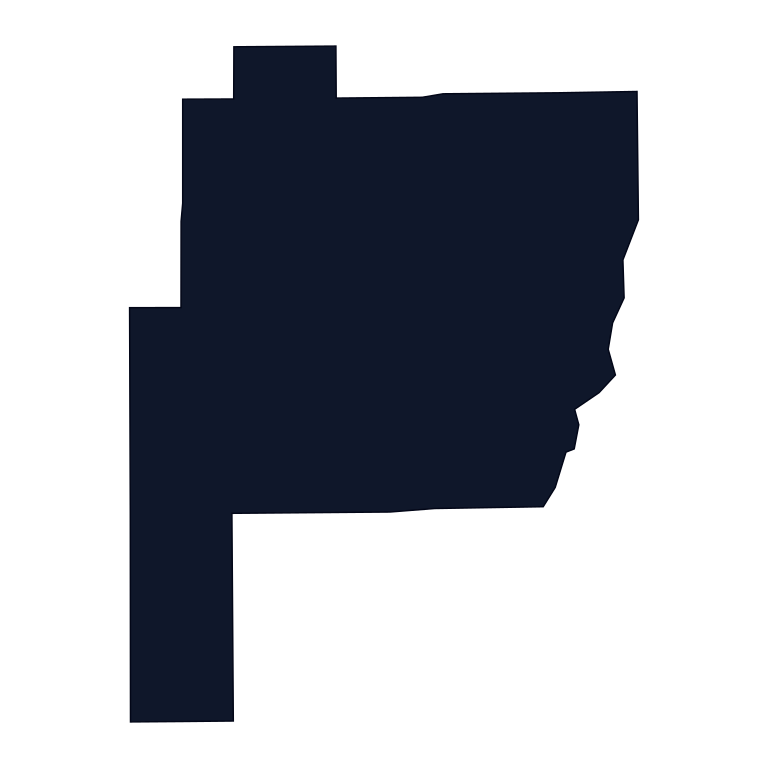 Perry, Alabama, United States of America
{"feature_id": "52423323B79791422709235", "entity_name": "Perry", "entity_type": "district", "adm_level": 2, "iso_a3": "USA", "parent_name": "United States of America", "parent_adm1": "Alabama", "projection": "mercator", "projection_center": [-87.24, 32.591], "detail": "fine", "context": "isolated", "style": "filled", "palette": "ink", "viewbox_px": 768, "rotation_deg": 0, "n_neighbors": 0, "source": "geoboundaries", "source_scale": "gbopen_adm2", "svg_char_len": 531}
<svg xmlns="http://www.w3.org/2000/svg" viewBox="0 0 768 768"><path d="M638.4,219.8L637.0,91.5L557.8,92.8L443.1,93.8L422.3,97.3L336.2,98.1L335.9,46.1L233.9,46.8L233.7,99.0L182.7,99.2L182.7,203.2L181.1,221.4L181.0,307.6L129.6,307.7L130.3,514.4L130.5,721.9L181.8,721.5L233.3,721.0L231.9,513.3L389.9,512.0L434.6,508.5L543.2,506.7L555.2,487.4L566.0,452.1L574.2,448.9L578.8,424.8L574.6,409.3L599.1,392.6L615.4,375.0L608.2,349.3L612.6,322.9L624.1,297.9L622.9,259.9L638.4,219.8Z" fill="#0f172a" stroke="#020617" stroke-width="1.5"/></svg>